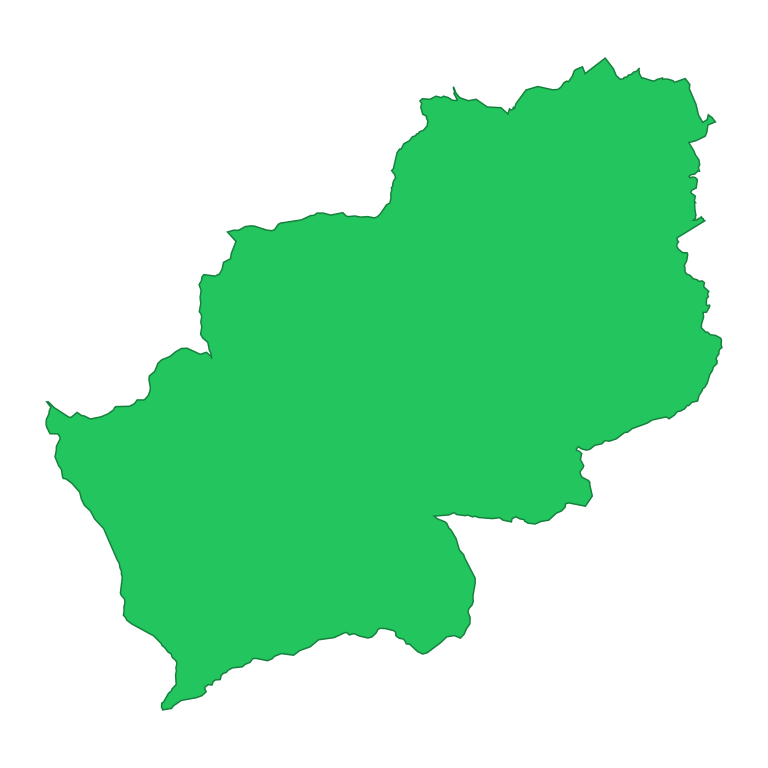 Margau, Cluj, Romania (Mercator projection)
{"feature_id": "2599482B38799369919058", "entity_name": "Margau", "entity_type": "district", "adm_level": 2, "iso_a3": "ROU", "parent_name": "Romania", "parent_adm1": "Cluj", "projection": "mercator", "projection_center": [22.901, 46.714], "detail": "fine", "context": "isolated", "style": "filled", "palette": "green", "viewbox_px": 768, "rotation_deg": 0, "n_neighbors": 0, "source": "geoboundaries", "source_scale": "gbopen_adm2", "svg_char_len": 6044}
<svg xmlns="http://www.w3.org/2000/svg" viewBox="0 0 768 768"><path d="M585.4,506.2L592.3,496.0L589.6,484.0L590.0,482.9L588.7,480.7L582.0,477.2L580.6,474.7L580.0,471.8L583.1,467.6L583.7,465.7L580.4,459.6L581.7,453.6L579.2,451.2L576.5,450.2L576.4,448.9L578.5,446.7L581.0,448.7L586.3,450.1L589.9,449.3L594.8,445.3L601.8,443.8L605.0,440.6L609.4,441.2L616.4,438.8L624.6,432.5L627.6,432.2L632.2,428.6L647.1,423.2L652.2,420.0L664.8,417.2L666.9,417.2L669.0,418.8L674.5,415.1L677.2,411.7L680.7,411.0L684.6,408.8L687.4,405.3L688.7,405.6L691.9,402.3L697.6,401.0L699.0,395.5L702.4,390.3L702.6,388.8L704.5,387.6L707.2,383.3L709.8,374.6L712.4,370.4L713.3,367.1L716.9,363.7L717.1,360.8L716.2,359.3L716.3,358.2L717.0,356.3L718.8,354.2L719.0,351.0L720.1,348.8L721.9,347.7L721.1,344.6L721.4,340.0L720.6,338.1L715.5,335.4L710.3,334.7L707.7,332.2L705.6,332.1L701.4,327.8L701.5,324.2L703.6,317.1L703.1,312.4L706.5,312.2L709.7,306.5L709.5,305.1L707.2,305.6L706.3,304.7L706.6,298.4L708.4,296.8L707.5,293.7L708.8,291.4L704.3,287.4L703.7,285.9L704.5,282.9L702.3,280.9L698.6,281.3L697.2,279.8L693.2,278.7L690.1,275.4L686.5,273.9L685.1,271.8L684.9,267.3L684.2,265.8L686.7,260.7L687.7,254.6L687.3,252.9L682.5,252.6L678.1,248.8L676.9,246.5L676.9,244.1L678.6,241.8L677.4,240.5L677.0,237.9L704.8,220.8L703.6,220.2L703.2,218.7L701.8,218.2L701.5,216.9L696.3,220.1L693.5,220.2L695.6,218.2L695.5,215.7L695.9,215.5L694.9,209.4L694.6,202.7L695.5,202.6L694.4,201.2L695.3,196.1L691.3,193.2L690.8,192.1L692.0,190.0L696.1,188.1L697.3,180.5L696.9,178.9L694.8,177.4L692.5,177.0L690.2,177.8L689.0,176.6L690.9,174.7L694.6,174.2L697.7,171.2L699.5,171.2L698.4,167.7L699.7,164.7L698.9,159.9L695.3,154.7L693.9,151.0L688.8,142.6L695.7,140.8L705.2,136.2L706.9,132.1L707.9,125.0L715.4,121.9L712.1,117.6L708.3,114.8L707.2,119.6L702.8,122.4L698.5,115.1L695.9,104.1L689.3,88.8L689.8,84.5L685.2,78.5L674.5,82.4L673.0,80.7L667.9,79.1L662.7,79.1L662.5,78.0L657.1,79.4L654.2,81.1L651.5,80.6L643.0,77.9L641.9,78.3L639.1,73.2L639.4,71.5L638.7,70.2L639.5,68.0L636.4,71.4L633.9,71.9L631.0,74.6L628.5,75.0L626.9,77.0L624.3,77.4L623.0,79.0L620.0,79.1L616.2,75.6L613.5,68.9L605.2,58.1L585.1,73.6L582.5,66.8L575.9,69.5L574.1,71.1L572.4,76.1L568.5,81.7L566.8,81.1L564.1,82.5L561.0,87.1L558.0,89.4L552.6,89.8L537.8,86.5L526.0,90.0L515.9,103.8L514.6,108.3L513.4,107.3L512.8,109.2L510.9,110.1L509.5,108.9L507.9,114.0L501.0,107.7L487.3,107.0L476.2,99.3L468.2,100.7L459.8,97.7L456.1,93.4L453.5,86.7L453.5,88.7L454.7,91.8L453.9,93.4L457.0,99.3L457.3,100.2L456.7,100.5L452.6,100.3L448.1,97.5L443.5,96.2L441.5,97.6L436.0,96.2L429.9,99.3L422.4,98.7L419.9,101.0L421.7,103.2L420.8,107.5L422.8,114.3L426.6,116.3L426.5,118.3L427.8,120.7L427.2,125.8L423.4,130.3L419.4,131.8L418.5,133.4L416.3,134.2L415.9,135.6L412.4,136.8L409.3,140.8L403.8,143.8L401.3,148.9L399.7,149.0L397.1,152.6L393.4,168.7L391.6,170.6L394.7,174.6L395.6,177.8L393.6,180.9L392.7,184.0L392.9,185.9L391.4,187.7L391.8,190.0L390.8,193.7L391.0,197.7L389.9,203.0L386.5,204.8L380.4,213.9L377.2,216.9L374.2,217.9L367.8,216.6L360.6,217.1L354.9,216.0L348.0,216.6L346.2,216.0L342.8,212.7L330.8,215.1L323.4,213.1L317.0,213.1L314.1,215.3L310.6,215.6L301.4,219.9L280.4,223.1L278.3,224.3L274.5,229.7L272.1,230.7L266.6,230.1L254.4,226.1L250.5,225.9L245.2,226.6L238.6,230.3L233.7,230.2L227.5,232.0L236.0,241.4L231.4,253.2L230.5,258.7L223.5,262.4L222.0,269.5L219.5,273.9L215.1,276.1L203.9,274.6L202.1,276.7L201.3,281.1L199.1,284.5L201.1,290.4L200.1,297.5L200.8,303.5L199.3,311.7L201.0,313.9L201.7,316.7L200.8,322.1L201.8,326.9L200.6,334.2L202.9,338.2L207.8,342.3L209.4,350.4L210.8,353.0L211.9,358.7L210.5,355.8L206.4,352.3L200.3,354.3L187.0,348.2L181.4,348.5L175.3,352.0L170.1,356.4L161.7,359.8L158.0,363.3L154.7,371.4L149.4,375.9L148.9,379.2L150.4,387.7L150.0,390.7L148.4,395.3L145.2,399.0L143.7,400.0L137.3,399.9L134.5,403.6L129.4,406.3L116.1,406.6L114.6,407.5L113.8,409.7L108.1,413.8L101.1,416.8L90.4,419.0L84.4,416.0L81.6,415.5L77.1,412.4L71.2,417.3L69.1,417.3L54.4,407.8L48.4,401.9L46.8,401.9L50.9,407.3L49.3,410.7L48.9,414.0L46.3,419.5L46.1,424.5L46.8,427.3L50.0,433.7L57.8,433.9L59.9,436.8L60.1,438.8L56.4,446.4L56.3,450.5L55.0,456.8L58.7,465.8L61.4,469.5L62.7,477.5L63.4,478.5L66.1,478.9L72.2,483.6L79.7,492.2L81.4,499.1L84.4,505.3L90.5,511.1L94.7,519.0L103.6,528.5L117.4,560.3L119.2,563.0L120.0,567.9L121.4,571.0L121.4,574.2L122.3,577.3L120.4,593.2L121.3,595.4L124.5,599.0L125.0,602.7L123.9,607.1L124.1,610.7L123.4,615.3L125.5,617.4L126.9,620.3L132.2,624.2L153.7,635.9L161.0,643.2L162.1,645.6L164.5,647.4L168.2,652.2L171.0,653.7L172.3,657.4L175.6,660.3L177.0,663.2L175.9,667.9L176.4,670.8L175.6,674.8L176.2,684.5L172.0,689.0L171.3,691.0L168.5,693.3L163.7,701.8L161.8,703.1L161.5,707.0L162.7,709.9L171.6,708.4L173.4,705.8L181.4,700.4L196.3,697.7L201.9,695.7L206.1,691.9L204.7,688.1L205.1,687.0L208.4,684.6L212.0,685.0L213.2,681.6L215.5,679.9L220.2,679.6L221.2,675.4L223.3,673.3L226.2,672.5L228.0,670.3L232.4,667.9L242.4,666.8L245.0,664.4L250.1,662.3L252.6,658.7L255.9,658.4L267.7,660.7L272.5,658.5L274.3,656.4L281.3,653.6L293.6,655.2L300.1,650.4L310.4,646.7L318.5,639.8L334.1,637.6L344.8,632.7L346.6,632.5L349.4,634.9L354.1,633.6L359.6,636.1L368.0,638.0L372.0,636.9L376.1,633.0L377.8,629.7L379.9,628.3L385.3,628.6L393.9,630.7L395.6,632.2L395.8,635.4L396.7,636.5L399.4,638.3L403.3,639.0L405.2,641.2L406.3,643.9L409.7,644.2L417.6,651.6L422.7,654.0L427.0,652.9L440.5,642.8L446.8,636.8L454.6,635.6L460.3,638.1L464.0,634.4L466.7,628.4L469.9,623.9L470.1,617.4L468.2,612.6L468.1,610.9L469.1,608.4L472.1,604.9L473.2,601.6L472.9,596.4L475.2,582.9L475.1,578.1L464.6,557.7L463.7,554.8L459.4,550.0L456.1,538.6L451.1,530.2L448.7,527.7L446.8,523.4L445.1,521.9L437.2,518.7L434.2,516.1L448.9,514.9L454.1,512.6L456.6,514.5L465.4,515.7L467.5,515.0L472.5,516.8L475.7,516.3L478.4,517.5L492.5,518.6L499.7,517.7L502.8,520.1L511.4,521.9L512.1,518.7L515.9,516.7L519.9,518.9L524.0,519.5L524.6,521.1L527.9,523.1L535.1,524.0L541.2,521.4L548.7,520.2L556.3,513.2L561.6,510.9L565.1,507.2L565.6,503.9L566.2,503.6L568.7,502.9L585.4,506.2Z" fill="#22c55e" stroke="#15803d" stroke-width="1.5"/></svg>